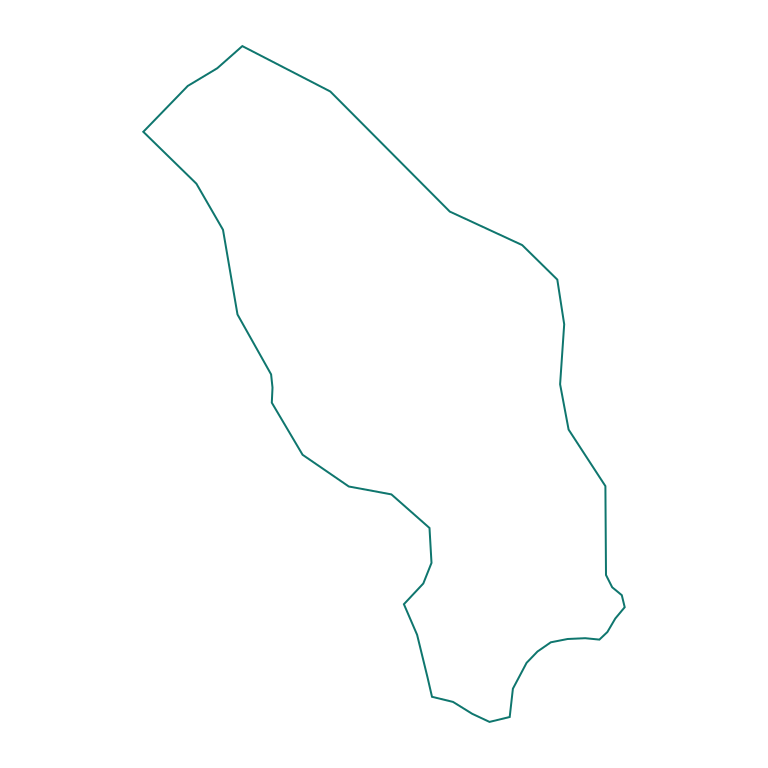 an SVG outline of Nakaseke
{"feature_id": "UGA-3095", "entity_name": "Nakaseke", "entity_type": "District", "adm_level": 1, "iso_a3": "UGA", "parent_name": "Uganda", "parent_adm1": "", "projection": "albers", "projection_center": [32.236, 1.008], "detail": "fine", "context": "isolated", "style": "outline", "palette": "teal", "viewbox_px": 768, "rotation_deg": 0, "n_neighbors": 0, "source": "natural_earth", "source_scale": "10m", "svg_char_len": 675}
<svg xmlns="http://www.w3.org/2000/svg" viewBox="0 0 768 768"><path d="M403.9,604.2L423.3,583.5L431.5,562.9L429.5,528.0L391.4,494.4L348.8,486.5L302.6,454.8L271.8,402.7L272.5,387.6L271.1,374.4L237.5,314.5L223.0,229.8L196.4,183.7L143.3,131.8L187.8,85.9L217.3,68.2L242.3,46.1L330.3,91.5L449.8,211.6L522.2,245.1L557.3,279.6L564.2,324.3L560.1,384.3L568.6,429.6L605.4,486.1L606.0,575.0L612.2,587.3L621.8,595.2L624.7,607.2L615.3,618.5L607.4,632.0L599.4,639.6L585.2,638.2L567.6,639.0L550.8,642.3L537.5,651.5L526.6,662.8L512.9,688.7L509.7,717.0L489.5,721.9L472.2,713.8L453.0,701.9L432.0,696.8L427.5,677.3L417.1,634.8L403.9,604.2Z" fill="none" stroke="#0f766e" stroke-width="2"/></svg>